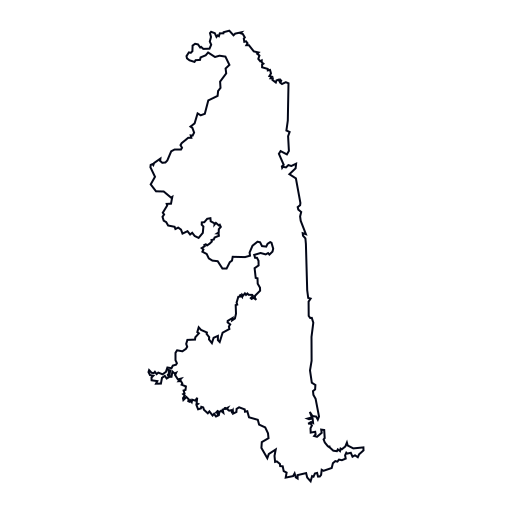 outline of Bajo Baudó (Pizarro), Chocó, Colombia, rotated 180°
{"feature_id": "7082276B26608751492830", "entity_name": "Bajo Baudó (Pizarro)", "entity_type": "district", "adm_level": 2, "iso_a3": "COL", "parent_name": "Colombia", "parent_adm1": "Chocó", "projection": "robinson", "projection_center": [-77.183, 5.002], "detail": "fine", "context": "isolated", "style": "outline", "palette": "ink", "viewbox_px": 512, "rotation_deg": 180, "n_neighbors": 0, "source": "geoboundaries", "source_scale": "gbopen_adm2", "svg_char_len": 6061}
<svg xmlns="http://www.w3.org/2000/svg" viewBox="0 0 512 512"><g transform="rotate(180 256 256)"><path d="M362.9,141.9L363.5,139.9L362.0,136.9L358.7,136.3L360.5,134.4L360.4,131.7L354.7,130.9L356.0,128.3L351.1,128.4L350.0,134.2L347.2,136.1L345.3,133.5L343.1,134.8L344.2,137.1L343.0,138.5L343.5,142.1L341.8,141.6L342.6,136.5L341.6,135.2L340.5,135.2L339.6,140.5L337.4,138.5L335.9,139.2L336.9,137.0L334.1,132.6L330.9,133.4L333.2,130.8L331.1,130.9L329.7,128.6L330.4,127.3L326.1,125.6L326.5,122.1L328.4,121.5L327.5,118.6L328.8,117.9L327.2,116.5L329.0,113.9L328.6,112.0L325.6,115.0L323.3,112.7L323.7,110.8L322.3,110.2L321.6,111.6L320.3,109.9L319.8,112.3L316.7,111.4L314.8,114.2L315.4,108.7L314.0,108.1L315.6,107.1L313.9,102.7L311.1,103.6L310.7,105.2L308.8,104.6L308.0,102.2L304.2,98.7L302.6,100.6L299.4,96.5L298.0,98.1L296.0,95.5L293.2,96.8L292.9,98.3L294.2,97.4L294.4,99.4L295.8,99.5L294.4,101.0L292.6,99.9L291.0,101.2L288.7,99.3L289.3,102.4L287.2,103.2L287.1,104.7L286.4,103.2L284.2,104.3L285.0,103.0L282.8,101.3L280.8,101.8L280.3,100.3L279.2,101.9L278.9,98.4L275.6,100.0L275.4,103.1L272.9,104.7L267.3,102.6L267.0,100.3L264.7,100.8L263.0,94.7L254.2,92.2L252.9,87.4L246.8,84.6L244.0,78.7L243.5,73.8L250.2,69.9L250.6,64.1L244.7,53.8L243.2,58.0L236.3,62.5L237.5,56.1L236.9,50.1L235.2,50.6L232.1,48.1L231.8,45.9L229.3,45.7L228.3,40.9L225.4,39.4L226.3,34.4L218.9,35.9L217.4,38.6L216.2,34.6L214.4,33.5L214.4,36.9L205.9,38.9L204.8,34.5L201.4,30.7L199.9,35.9L198.5,35.3L197.1,38.5L194.9,39.1L194.0,35.4L192.2,35.5L190.9,37.1L190.3,42.2L188.5,41.2L180.3,44.0L179.1,48.8L176.7,50.9L174.6,50.4L173.0,52.4L170.1,51.8L166.3,53.4L166.9,56.7L165.7,59.3L164.8,58.4L161.2,59.2L159.5,55.3L157.0,56.7L154.2,54.8L152.9,57.7L148.5,61.6L148.6,64.6L158.7,63.6L164.3,66.5L165.1,69.4L166.7,65.5L170.2,62.7L171.4,63.4L172.0,60.9L174.2,62.6L175.1,60.8L178.7,61.3L182.4,64.7L182.6,66.3L182.9,64.9L184.2,65.8L187.2,69.5L188.4,72.6L187.3,73.9L187.8,82.0L190.8,82.4L190.3,79.2L195.0,75.2L197.8,76.0L196.4,77.7L196.8,80.2L201.3,79.4L201.5,83.7L200.1,86.5L201.3,88.4L203.8,88.3L200.9,90.0L198.9,89.0L199.4,93.5L203.0,92.8L204.5,93.4L200.1,94.6L202.2,100.1L199.6,96.0L195.8,95.4L194.2,92.4L193.0,95.5L196.4,113.2L198.6,117.1L199.0,120.9L196.9,122.6L196.6,127.0L200.2,129.3L202.0,141.6L200.4,151.2L200.5,175.1L198.7,189.3L200.2,194.1L201.8,194.0L203.3,196.1L203.4,210.4L201.4,213.4L203.8,214.1L204.8,221.8L206.1,268.0L206.6,273.6L209.0,276.3L209.3,278.8L206.1,277.8L211.3,291.2L211.9,295.6L210.8,300.0L213.7,302.4L214.3,304.9L211.9,306.8L211.6,309.0L216.1,333.6L222.6,337.8L216.4,343.7L215.9,348.3L220.7,346.0L223.6,346.9L226.0,344.6L229.1,345.2L229.8,344.2L230.1,345.6L228.3,347.2L233.1,358.2L231.4,360.9L225.1,357.6L223.1,361.1L223.9,375.8L222.4,380.0L225.6,381.5L224.2,391.4L223.5,428.7L226.2,429.8L230.0,428.0L231.8,429.4L230.8,431.3L231.8,432.3L232.4,430.6L233.6,432.3L235.5,431.6L236.2,429.5L239.5,432.0L239.2,433.6L241.3,433.7L240.1,435.3L242.6,435.9L241.0,438.6L242.0,442.1L244.2,441.6L244.3,443.1L249.9,444.7L249.9,447.4L248.6,448.3L250.2,449.6L250.3,451.6L251.8,450.8L253.7,453.1L252.6,456.5L254.8,458.2L253.4,459.5L258.2,460.6L263.1,466.8L265.6,466.8L264.5,468.8L266.0,470.7L267.7,470.2L268.2,473.4L267.2,474.6L269.2,478.0L271.5,478.8L270.6,479.7L276.8,478.4L278.5,476.7L282.7,481.3L288.4,479.8L288.6,478.7L292.2,478.7L293.1,475.8L294.3,476.6L295.5,475.1L297.2,478.8L300.9,480.2L302.0,478.9L301.0,475.0L302.2,470.5L300.8,467.3L302.5,463.3L308.7,463.1L310.9,465.1L311.8,464.5L314.0,467.6L316.9,468.2L319.4,466.4L319.6,460.8L321.2,459.2L323.1,459.6L325.5,455.9L325.0,453.6L322.5,451.7L317.5,450.1L316.4,451.8L312.0,452.1L311.4,454.6L306.3,456.7L303.9,459.5L297.0,455.0L292.5,456.3L286.6,455.4L282.6,447.1L286.4,443.5L285.8,438.6L291.9,430.4L291.5,424.1L293.9,421.0L294.4,416.1L303.7,411.6L307.2,398.2L311.3,396.7L314.4,398.6L317.4,388.6L321.5,385.4L319.6,384.1L317.9,379.4L319.4,376.4L321.3,376.6L320.7,374.2L323.8,374.2L330.3,368.9L331.5,366.9L330.0,364.2L331.0,362.5L337.4,362.5L340.8,360.7L344.7,351.5L346.6,349.5L349.7,349.2L351.9,351.1L351.6,353.4L357.9,349.0L358.7,346.9L359.5,347.9L361.3,347.1L361.6,344.8L357.0,335.2L361.3,327.6L356.0,320.7L348.3,320.5L341.0,314.4L339.7,315.2L341.0,308.3L345.3,308.1L344.8,306.5L349.2,299.3L347.9,297.5L349.5,295.2L348.3,291.3L345.8,289.9L343.9,286.5L337.4,285.2L336.6,283.0L333.8,284.4L331.0,282.4L329.5,278.4L324.5,280.8L321.9,277.5L319.8,279.2L317.3,276.0L313.4,274.1L309.2,279.1L308.6,285.5L310.3,287.3L310.2,289.6L307.7,289.8L304.8,293.2L301.6,293.8L301.3,290.7L297.4,288.6L297.5,287.4L296.1,289.1L293.0,286.5L292.2,287.2L291.2,285.1L293.2,282.8L293.3,279.6L294.8,278.6L293.4,278.5L293.1,276.2L297.4,274.5L298.2,272.5L300.5,272.0L300.2,270.4L302.3,268.4L304.9,266.6L306.2,267.7L307.7,267.0L307.3,265.8L310.3,263.9L308.6,262.5L309.6,260.3L305.3,258.0L303.2,253.6L299.6,251.4L294.3,250.8L289.6,243.5L285.4,243.5L282.2,249.8L280.0,251.4L279.3,255.2L267.0,254.9L262.0,256.3L262.4,259.5L259.5,266.3L254.5,270.3L251.9,269.7L250.0,265.9L245.8,265.4L244.4,268.2L241.8,269.9L240.5,269.2L238.8,263.3L239.5,260.4L242.6,257.4L243.9,258.9L246.3,257.6L251.4,259.0L257.8,257.1L256.9,254.2L255.0,254.2L253.5,251.2L253.4,246.6L257.4,243.8L256.3,234.1L254.5,233.7L254.3,228.3L252.0,224.3L251.9,221.3L256.9,216.3L257.2,214.0L255.7,212.2L258.5,214.2L260.4,213.1L261.2,213.9L259.0,216.1L259.8,217.1L263.4,217.2L264.6,218.5L266.0,217.1L267.1,218.6L268.8,216.5L269.8,217.3L269.9,215.1L272.2,217.5L271.5,215.5L273.7,215.2L275.4,209.4L274.8,207.4L276.3,206.9L276.0,198.3L277.1,193.5L279.8,191.7L279.4,194.0L284.3,191.1L284.4,189.6L281.8,187.6L283.1,185.5L282.6,183.0L289.4,179.3L292.3,170.0L294.1,171.9L294.1,176.1L298.4,174.2L300.1,168.9L303.0,172.6L302.8,174.8L305.4,178.1L305.1,179.5L311.0,182.1L313.3,184.7L314.7,179.9L313.1,178.7L316.7,174.7L317.0,172.4L324.6,172.1L325.8,168.1L324.8,165.2L326.1,163.1L329.6,160.7L334.9,161.7L336.5,159.2L336.5,151.8L335.1,148.8L336.0,147.3L339.2,146.4L340.5,143.8L344.6,144.5L346.1,140.1L349.4,137.7L353.7,139.4L355.4,137.9L357.1,140.2L358.2,138.9L360.4,139.2L362.9,141.9Z" fill="none" stroke="#020617" stroke-width="2"/></g></svg>